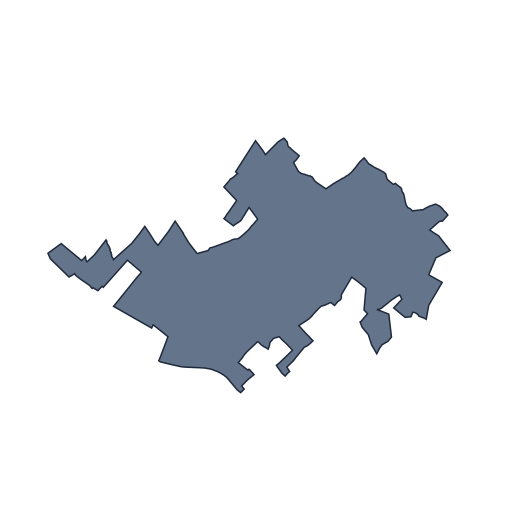 Dzitás, Yucatán, Mexico, rotated 32°
{"feature_id": "50627088B32826565100822", "entity_name": "Dzitás", "entity_type": "district", "adm_level": 2, "iso_a3": "MEX", "parent_name": "Mexico", "parent_adm1": "Yucatán", "projection": "orthographic", "projection_center": [-88.529, 20.833], "detail": "fine", "context": "isolated", "style": "filled", "palette": "slate", "viewbox_px": 512, "rotation_deg": 32, "n_neighbors": 0, "source": "geoboundaries", "source_scale": "gbopen_adm2", "svg_char_len": 6166}
<svg xmlns="http://www.w3.org/2000/svg" viewBox="0 0 512 512"><g transform="rotate(32 256 256)"><path d="M84.2,348.7L78.1,363.9L83.1,367.4L108.6,372.9L109.2,371.8L110.1,370.1L110.5,369.1L111.0,368.2L111.6,367.1L112.0,367.5L112.6,367.7L114.2,368.1L120.2,368.7L130.0,369.1L131.6,369.4L132.2,369.7L133.0,370.1L134.4,370.3L134.6,369.3L140.3,369.2L141.5,363.2L143.1,363.5L149.2,327.7L167.3,330.4L167.3,331.9L166.5,336.2L161.9,374.2L205.7,372.4L205.3,368.9L212.1,369.6L224.1,371.1L228.5,392.8L228.9,395.5L229.0,396.3L230.9,396.5L231.5,396.3L235.2,395.1L242.9,392.5L248.0,390.7L250.2,389.9L251.1,389.6L253.2,388.6L257.6,386.2L266.2,381.3L271.6,378.3L278.1,375.7L284.8,374.4L289.2,374.1L291.8,374.1L295.9,374.6L311.0,379.5L315.4,380.0L316.5,375.1L312.7,373.8L314.3,366.2L317.2,357.6L310.9,355.8L310.0,355.8L309.7,357.1L297.5,355.8L298.3,350.1L298.4,346.3L299.0,342.3L302.8,327.8L304.3,327.8L305.4,328.1L306.4,328.3L307.5,328.5L309.6,328.7L310.7,328.7L313.4,328.5L315.7,328.6L314.9,325.0L314.6,324.3L314.4,323.6L314.1,323.0L313.8,322.2L313.7,321.4L313.9,320.5L314.2,318.9L314.3,317.7L314.4,317.1L315.0,315.9L316.7,314.2L317.9,312.7L318.4,312.1L322.8,313.3L328.4,314.3L331.4,315.1L336.9,316.6L333.0,332.2L332.2,335.3L331.2,337.9L333.3,338.9L335.9,339.9L340.1,341.7L341.5,341.9L344.4,342.4L344.9,338.8L345.8,336.1L341.0,333.9L343.3,324.8L343.6,320.7L345.3,307.9L345.7,307.1L346.6,305.9L347.8,303.0L348.4,301.1L348.9,299.1L349.3,297.8L344.1,296.3L340.8,295.6L334.5,293.9L331.3,292.9L329.2,292.5L330.1,290.6L330.3,289.8L331.9,286.5L332.1,286.0L332.6,285.0L332.8,284.3L333.2,283.7L334.3,281.0L334.5,280.2L334.7,279.3L334.9,278.8L335.2,277.3L335.3,276.3L335.5,274.7L336.1,271.8L336.4,270.3L336.9,267.5L337.6,264.8L338.1,263.8L339.6,262.1L340.0,261.8L341.1,260.3L341.4,259.7L341.6,259.2L342.3,258.5L342.8,257.6L343.2,256.7L344.0,256.2L344.3,255.8L345.2,255.9L347.9,256.3L348.9,256.3L349.0,255.2L349.2,253.9L349.4,252.1L349.9,250.4L350.4,249.5L350.9,248.1L350.6,246.4L349.1,243.9L348.9,243.4L348.4,223.2L355.4,223.7L361.1,224.4L366.4,225.2L369.4,231.2L376.2,244.5L381.2,245.9L380.4,250.7L380.0,253.8L379.9,255.3L379.2,256.8L383.8,260.2L392.9,263.2L401.4,270.3L410.2,274.9L409.9,271.4L409.7,268.6L410.0,264.3L413.1,258.5L413.9,253.0L399.4,234.9L386.8,237.3L388.4,236.4L388.8,235.6L389.6,234.5L390.3,233.1L390.7,232.0L391.0,230.8L391.4,229.8L391.8,228.9L392.1,227.8L392.5,226.8L393.1,224.9L393.4,223.9L394.1,222.0L394.4,221.3L394.8,220.3L395.7,218.4L396.3,217.0L396.7,215.8L397.5,214.6L398.1,213.6L398.5,212.9L400.0,213.7L400.9,214.3L401.4,214.6L402.7,215.3L400.3,227.1L415.0,229.0L419.6,225.4L418.8,220.6L420.0,220.1L420.8,219.8L422.0,219.7L422.8,219.7L424.4,219.9L426.1,220.7L431.5,219.6L432.5,219.5L433.9,219.5L428.6,206.2L427.9,179.7L413.5,180.4L412.4,180.1L409.5,162.2L417.7,148.5L412.7,146.7L412.4,146.4L412.0,146.5L400.2,142.1L395.5,142.1L389.5,141.9L393.0,130.0L394.3,128.3L395.6,127.9L397.0,119.6L396.4,119.4L396.2,119.2L395.4,119.1L394.9,118.8L393.4,118.3L392.3,118.3L389.9,117.4L387.4,116.7L384.8,116.4L381.3,116.8L381.0,116.7L380.1,117.6L377.8,120.5L376.7,121.9L376.1,122.9L374.2,126.0L374.0,126.5L373.3,128.0L371.8,129.2L371.1,129.7L370.7,130.1L370.0,130.6L368.1,132.1L364.8,134.8L362.4,134.3L361.0,134.2L359.6,134.5L358.8,134.4L357.0,133.5L355.7,132.6L354.2,131.2L351.8,128.8L351.4,128.3L350.9,127.6L350.3,127.0L349.3,126.1L348.4,125.2L347.8,124.8L347.1,124.4L346.4,124.2L345.4,123.7L345.0,123.3L344.6,122.7L343.9,121.9L343.3,121.6L342.3,121.3L337.9,120.9L337.1,120.8L335.7,120.5L335.4,121.0L335.2,121.7L334.3,122.5L333.5,122.3L332.8,122.3L330.6,122.0L328.4,121.7L326.8,121.4L326.1,121.1L325.3,120.3L324.9,119.9L324.1,119.3L322.8,117.9L322.3,117.6L320.7,117.4L320.1,117.2L316.8,117.4L314.4,117.5L311.2,117.9L310.3,118.0L308.7,118.1L307.1,118.0L305.3,118.0L304.4,117.9L303.2,118.2L301.6,117.6L301.0,117.4L300.5,117.3L300.0,117.0L299.5,116.7L298.2,116.4L295.6,115.5L295.0,117.9L294.6,119.4L294.2,121.0L293.7,125.2L293.6,126.3L293.6,127.3L293.3,129.7L293.1,130.6L292.9,132.6L292.4,135.0L292.1,135.9L291.3,138.5L290.2,140.4L289.4,142.5L288.7,143.7L288.2,144.3L287.5,145.6L286.9,147.0L286.1,148.6L285.4,149.6L284.9,150.6L284.1,152.2L283.6,153.2L283.2,153.6L283.0,154.4L279.7,162.0L269.7,161.6L268.9,161.6L267.3,161.4L265.9,161.2L264.8,160.7L264.1,160.2L263.1,159.8L261.3,159.2L260.7,159.4L259.4,159.4L258.8,159.8L257.8,160.2L257.2,160.2L256.0,160.5L255.0,160.9L254.5,160.8L253.8,161.0L252.8,161.4L251.1,161.9L249.0,162.0L248.1,161.9L247.3,161.9L238.3,156.8L238.7,155.3L239.1,153.8L239.6,148.9L239.6,148.1L238.2,147.9L235.2,147.5L234.5,147.4L233.4,147.3L229.0,146.6L228.3,146.3L226.8,146.2L225.7,146.1L224.6,145.5L223.1,143.9L222.0,142.7L219.9,142.1L218.7,141.6L217.2,141.3L215.7,144.3L214.2,147.6L210.3,165.1L205.9,162.9L194.5,158.5L194.1,195.4L196.7,195.8L195.8,198.7L194.8,201.8L194.4,202.7L193.9,203.4L193.6,203.9L193.4,205.3L193.4,206.2L193.3,207.2L193.0,208.8L192.6,211.3L192.2,214.5L210.2,219.2L209.5,233.0L209.3,235.4L209.2,236.6L209.3,237.6L209.3,238.9L209.2,239.5L209.0,241.3L220.8,242.4L221.4,240.7L222.4,238.6L224.2,234.7L224.5,233.4L224.4,230.4L224.4,229.4L224.4,228.7L224.5,227.7L224.4,225.8L224.4,218.5L237.9,223.9L237.8,224.6L237.5,226.2L237.3,227.0L237.3,227.9L237.0,229.8L236.8,230.5L236.8,231.0L236.6,231.7L236.3,232.9L236.2,234.1L235.9,237.0L235.6,238.6L234.9,241.1L234.7,241.6L234.4,242.9L234.2,243.5L233.0,247.5L232.7,248.2L232.4,249.1L231.9,250.1L231.4,251.0L230.8,251.7L230.0,252.2L229.3,252.6L227.4,254.5L227.0,255.2L226.0,257.0L225.5,257.6L225.1,258.2L223.9,259.8L222.6,261.4L214.4,271.9L213.2,273.0L212.7,273.5L212.4,276.8L204.8,285.1L192.4,280.6L182.2,275.5L182.3,275.2L168.9,269.3L168.8,281.4L167.2,298.9L161.9,297.2L154.1,293.4L146.0,289.8L145.4,298.5L143.9,311.3L137.1,334.6L136.7,334.1L136.4,333.9L135.3,333.5L134.8,333.2L134.3,333.1L133.8,332.8L133.4,332.3L133.0,331.4L132.1,331.0L131.6,330.5L131.3,329.8L130.7,329.7L130.2,329.2L129.6,329.0L129.3,328.8L128.9,327.8L127.9,326.8L127.2,326.7L126.4,325.8L125.4,325.4L124.7,325.0L124.0,324.9L123.2,324.2L121.9,323.3L121.6,323.0L121.7,322.5L120.3,321.8L118.4,340.7L115.8,350.5L114.6,350.1L113.8,349.3L111.7,346.9L110.6,352.3L84.2,348.7Z" fill="#64748b" stroke="#1e293b" stroke-width="1.5"/></g></svg>